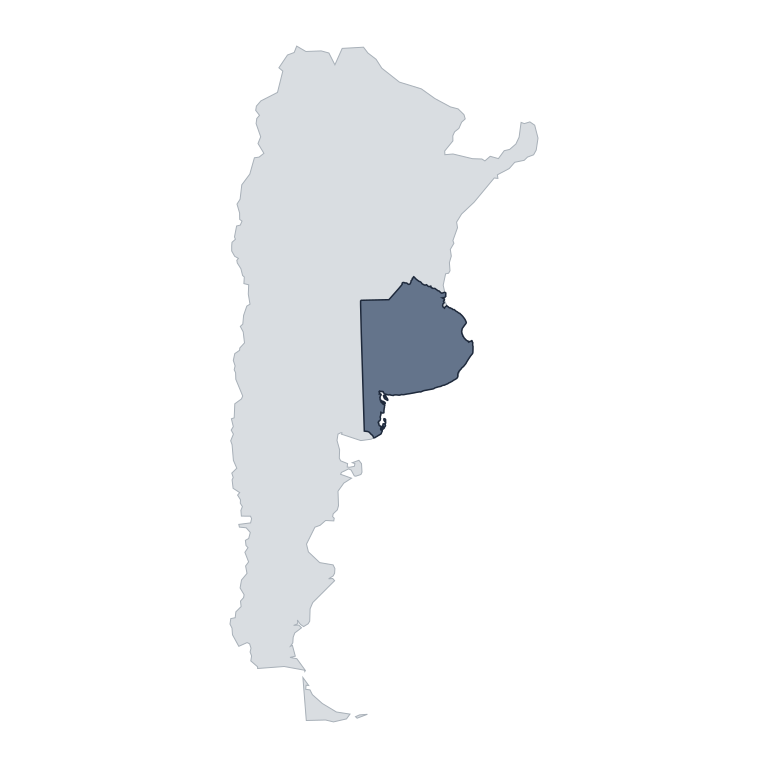 where Buenos Aires sits in Argentina
{"feature_id": "ARG-1295", "entity_name": "Buenos Aires", "entity_type": "Federal District", "adm_level": 1, "iso_a3": "ARG", "parent_name": "Argentina", "parent_adm1": "", "projection": "albers", "projection_center": [-60.531, -37.151], "detail": "fine", "context": "in_parent", "style": "filled", "palette": "slate", "viewbox_px": 768, "rotation_deg": 0, "n_neighbors": 0, "source": "natural_earth", "source_scale": "10m", "svg_char_len": 9555}
<svg xmlns="http://www.w3.org/2000/svg" viewBox="0 0 768 768"><path d="M461.6,214.0L456.6,222.1L457.5,227.7L452.9,240.6L453.9,243.3L450.3,249.4L451.3,256.1L449.4,262.6L450.0,270.8L448.6,273.2L445.6,273.8L443.2,285.2L445.6,296.1L443.3,298.2L447.3,306.3L459.5,313.6L465.7,320.9L465.7,323.9L462.3,328.2L461.8,331.9L463.5,337.0L466.5,340.3L472.4,342.4L473.0,349.6L471.8,354.2L460.2,370.0L457.6,377.0L447.1,384.0L420.4,391.8L399.7,395.0L387.9,394.5L380.0,391.3L380.8,400.4L384.7,403.1L382.7,403.2L384.4,404.9L383.7,412.4L381.2,413.9L379.5,420.2L379.8,425.6L382.2,430.0L379.9,434.5L371.2,439.2L360.9,440.6L341.4,434.2L342.1,433.0L341.1,432.6L338.0,434.1L337.0,440.4L339.6,449.8L339.3,458.1L340.6,460.8L347.6,463.6L347.2,467.0L349.5,467.3L354.4,466.3L354.9,463.6L352.3,462.7L358.9,460.3L361.5,463.7L362.0,472.2L360.9,474.5L355.8,476.2L354.3,475.9L351.1,470.0L348.6,468.9L341.4,472.4L340.6,474.3L351.5,478.2L343.8,483.1L338.0,491.2L338.5,505.7L337.3,509.9L333.2,513.8L332.6,516.6L334.2,518.2L333.8,520.9L325.6,520.5L320.1,525.3L314.9,527.2L306.5,544.1L308.4,551.9L319.7,562.6L333.1,564.9L334.9,568.6L334.6,573.2L333.2,575.9L328.6,578.8L332.7,578.5L334.6,580.7L312.7,602.6L310.1,608.8L309.7,621.2L308.1,623.8L303.6,626.6L300.3,624.3L297.4,620.0L297.8,623.7L293.6,625.4L298.8,625.1L301.5,627.8L294.8,632.9L293.2,637.1L292.8,642.8L290.4,646.3L292.4,645.4L295.3,656.2L290.0,657.4L296.8,658.7L305.4,670.5L304.8,671.5L304.5,670.2L284.2,666.5L257.6,668.5L257.6,666.8L250.8,660.9L251.6,655.9L250.1,652.0L251.0,648.2L249.6,643.8L247.1,642.6L238.8,646.3L232.5,634.8L232.0,628.1L230.0,624.1L230.8,618.6L235.2,617.7L235.9,611.8L241.1,606.6L240.5,601.1L243.6,597.6L244.1,594.7L240.1,588.0L241.5,580.0L247.0,573.4L245.6,566.0L248.6,561.9L244.9,552.3L248.0,547.7L246.0,545.5L245.4,540.3L248.7,538.5L250.3,532.5L246.2,527.8L239.4,527.1L238.8,524.4L250.6,522.9L251.6,518.6L250.5,516.2L241.4,516.1L240.9,510.4L242.4,506.6L240.3,503.2L240.5,499.8L237.6,495.1L239.7,492.6L233.1,488.3L232.1,479.8L233.2,477.5L231.8,473.1L236.8,468.2L233.4,460.4L232.1,444.8L230.7,440.8L233.4,434.1L231.2,430.1L233.3,426.6L231.4,418.8L234.2,417.8L234.8,403.8L241.5,398.9L242.7,396.0L235.8,379.3L235.6,372.7L234.2,369.8L235.1,365.9L233.3,360.4L234.8,353.6L239.6,350.3L239.8,348.0L244.5,342.9L243.2,331.9L240.3,326.4L242.8,324.1L243.6,315.4L246.8,306.1L250.0,304.2L248.3,294.1L248.7,284.8L243.9,283.6L244.3,277.0L242.6,275.5L240.9,268.7L237.3,263.0L236.8,260.3L238.4,258.4L234.7,256.3L231.7,251.0L231.7,245.8L232.0,242.3L235.4,239.3L234.5,236.9L236.6,226.0L240.3,225.1L242.0,221.1L239.7,219.4L239.6,213.0L237.0,204.1L240.1,199.2L241.8,184.8L249.8,174.1L254.4,157.8L259.1,157.1L263.9,153.3L258.0,143.5L260.7,136.8L256.1,123.6L256.8,118.5L259.5,115.3L255.7,110.4L256.4,106.1L260.9,100.9L277.5,92.4L282.8,71.1L278.9,67.8L287.5,55.0L294.2,52.5L296.7,46.1L305.9,51.5L321.2,50.9L328.9,53.0L334.9,64.8L342.2,48.4L363.5,47.2L367.9,53.0L376.1,59.3L381.8,68.2L399.4,82.1L421.4,88.9L434.8,98.5L450.4,106.9L458.1,108.9L464.0,114.7L465.2,118.9L461.6,122.2L458.9,128.4L454.6,131.8L452.8,135.8L452.9,140.9L444.7,151.0L444.9,154.7L453.0,154.0L472.5,158.7L481.9,159.0L484.9,160.9L490.2,156.3L498.4,158.6L504.2,150.7L509.7,149.4L515.9,144.0L519.1,137.2L521.1,122.4L524.3,123.6L529.9,121.9L534.7,125.2L538.0,138.1L536.2,150.1L533.6,154.8L527.5,157.1L524.2,160.3L514.7,162.3L509.3,168.5L497.4,174.8L497.9,178.4L494.2,178.0L474.1,202.2L461.6,214.0ZM306.3,720.5L302.9,677.5L308.7,685.5L306.1,685.2L305.7,689.3L310.0,689.9L312.4,694.7L322.3,703.5L336.4,712.0L350.0,714.1L346.5,718.9L333.5,721.9L325.6,720.0L306.3,720.5ZM355.5,716.7L359.5,714.9L367.4,714.3L357.1,718.2L355.5,716.7ZM387.0,398.1L386.9,400.0L384.0,397.1L387.0,398.1Z" fill="#d9dde1" stroke="#a8b0b8" stroke-width="1"/><path d="M473.0,346.8L472.9,352.0L472.8,352.9L472.5,353.6L470.7,355.8L469.0,358.3L466.7,362.0L466.0,363.4L464.1,365.8L463.5,366.5L461.7,368.0L461.0,369.1L460.8,369.3L460.6,369.4L459.2,371.0L458.7,371.8L458.3,372.6L458.0,373.5L457.8,374.3L457.7,375.2L457.9,375.7L457.8,376.1L457.8,376.7L457.7,377.0L457.3,377.7L456.8,378.4L455.2,379.4L453.5,380.3L452.3,381.2L449.7,382.6L449.2,382.7L449.0,382.8L448.1,383.5L447.5,383.8L445.5,384.6L444.6,385.1L443.2,385.3L442.0,385.7L440.8,386.4L438.1,386.9L434.7,388.0L433.8,388.7L433.3,388.8L432.7,389.0L423.5,390.7L420.9,391.9L420.5,391.9L419.4,391.8L412.1,393.2L409.5,393.7L407.0,394.0L403.7,394.7L401.9,394.6L401.3,394.5L401.1,394.6L400.7,394.8L399.2,395.2L396.1,394.8L394.7,394.9L393.6,395.2L393.5,395.4L393.2,395.5L390.7,395.1L390.5,394.9L390.2,394.9L389.9,394.6L389.5,394.8L388.8,394.9L388.1,394.9L385.0,394.0L384.4,393.8L384.0,393.3L383.6,392.7L383.3,392.0L383.1,391.6L382.9,391.5L380.3,391.3L379.6,391.0L379.3,391.3L379.1,391.6L379.3,391.8L379.2,392.2L379.5,393.0L379.4,393.4L379.7,393.2L379.9,393.2L380.0,393.3L380.1,393.6L380.1,394.3L380.1,394.5L380.3,394.6L381.1,394.5L380.9,395.2L380.9,395.5L380.5,395.7L380.4,395.9L380.2,396.6L380.0,397.1L379.8,397.4L379.8,397.5L380.1,398.0L380.1,398.4L380.0,399.1L380.1,399.4L380.4,399.8L381.1,400.3L381.4,400.7L381.0,400.6L380.6,400.4L380.4,400.7L380.5,400.9L380.9,401.1L381.2,401.1L382.5,401.1L382.9,401.2L384.2,401.9L384.8,402.3L385.2,402.9L385.2,403.1L385.2,403.4L385.1,403.6L384.9,403.8L384.7,403.9L384.4,403.6L384.0,403.5L383.1,402.7L382.8,402.2L382.6,401.8L382.4,401.7L382.2,401.8L381.9,401.7L381.0,401.8L381.1,402.2L381.2,402.4L381.4,402.5L381.9,402.6L382.2,403.2L382.5,403.6L383.2,404.2L383.5,404.4L384.2,404.6L384.6,404.6L384.8,405.2L384.8,405.4L384.6,405.6L384.5,405.8L384.5,407.2L384.3,407.7L383.9,410.5L383.9,412.3L383.9,412.7L383.2,413.0L382.0,412.9L381.6,412.7L380.9,412.2L380.8,412.4L380.9,412.6L381.3,413.0L380.9,413.2L380.8,413.4L380.8,414.2L380.8,414.5L380.6,415.3L380.5,416.0L380.2,416.8L380.1,417.0L380.5,418.4L380.5,418.9L380.2,420.1L380.0,420.5L379.7,420.7L379.0,421.0L378.8,421.3L378.5,421.7L378.3,422.1L378.2,422.5L378.3,422.8L378.7,423.7L379.0,424.9L379.1,425.1L379.4,425.7L379.6,425.8L380.1,425.9L380.6,426.3L380.8,426.3L380.8,426.9L380.9,427.0L381.1,427.2L381.3,427.5L381.5,427.7L381.8,427.5L382.1,428.4L382.1,428.9L381.8,429.2L381.1,429.0L380.7,428.6L380.6,428.8L380.8,429.3L380.8,429.5L380.7,429.6L380.8,429.9L381.0,430.0L382.2,429.2L382.7,429.0L383.2,429.0L382.4,429.7L382.3,429.9L382.1,431.5L381.6,432.4L381.2,433.6L380.8,434.1L378.5,435.4L376.6,436.6L375.6,437.1L375.0,437.6L374.8,437.7L374.4,437.8L374.0,437.8L373.6,437.8L373.5,437.2L372.9,436.0L372.6,435.6L371.7,434.7L370.9,434.1L370.0,433.0L368.8,431.9L368.5,431.8L367.5,431.5L364.3,431.1L361.3,333.5L360.6,304.5L360.6,301.0L361.2,300.3L369.4,300.1L388.9,299.7L398.6,288.7L401.6,285.1L402.2,284.2L402.1,283.6L402.2,283.1L402.5,282.8L402.7,282.6L403.2,282.5L403.7,282.5L404.0,282.5L404.7,282.9L404.9,282.9L406.6,283.0L407.4,283.5L408.0,284.1L408.4,284.3L408.9,284.4L409.1,284.3L409.6,284.2L410.0,283.9L410.2,283.7L410.8,282.4L411.0,281.7L411.1,280.7L411.9,279.9L412.2,279.6L412.3,279.4L412.2,278.8L412.4,278.3L412.5,278.1L413.1,277.9L413.3,277.7L413.4,277.4L413.5,277.1L413.5,276.8L413.2,276.4L414.0,276.9L416.2,279.2L419.1,281.4L419.8,281.5L420.6,282.0L421.2,282.5L421.9,283.5L422.1,283.8L424.4,285.0L425.0,285.2L426.5,284.7L427.1,285.2L427.8,286.0L428.6,286.5L430.1,286.5L430.4,286.2L430.8,286.1L431.0,286.5L431.0,286.8L431.0,287.3L431.1,287.5L431.4,287.7L431.6,287.8L431.8,287.7L432.3,288.0L432.4,288.3L432.6,288.4L434.4,288.4L434.8,288.4L435.2,288.6L435.4,288.9L436.7,289.7L437.6,290.5L437.9,290.7L438.7,290.9L439.1,291.0L440.8,292.7L441.5,293.1L442.3,293.1L443.9,292.5L444.8,292.3L445.1,292.5L445.5,292.7L445.7,292.8L445.8,293.1L445.8,293.5L445.8,294.4L445.6,295.3L445.8,295.8L445.9,296.1L445.3,296.7L445.0,297.2L444.8,297.5L444.4,297.8L444.1,297.9L443.6,297.7L443.0,297.6L442.8,298.0L442.5,298.0L443.5,298.6L444.3,299.3L444.5,299.7L444.2,300.4L443.7,300.8L443.5,301.1L443.5,301.4L443.6,301.7L444.0,302.1L444.1,302.3L444.1,302.9L443.0,303.8L442.6,305.6L442.9,306.8L444.5,308.2L445.2,306.9L445.6,306.5L446.2,306.4L446.6,306.1L446.7,305.8L448.0,306.7L448.8,307.4L449.4,307.8L450.4,307.9L450.9,308.3L452.0,308.6L452.6,309.4L453.0,309.6L454.0,309.5L454.5,309.9L455.2,310.4L456.0,311.2L457.2,311.8L458.6,312.9L460.0,313.5L460.5,314.2L461.2,314.7L462.8,316.4L463.4,317.2L464.4,318.5L465.2,319.8L466.2,322.1L466.3,322.6L466.0,323.4L464.6,325.2L462.8,327.7L462.3,328.4L462.1,329.1L461.8,330.5L461.6,331.1L461.8,332.7L461.8,333.3L461.9,333.7L462.2,334.0L462.7,335.4L462.8,335.9L462.8,336.1L463.1,336.2L463.5,336.7L463.6,337.1L463.8,337.6L466.0,340.0L467.7,341.1L468.4,341.3L468.8,341.5L468.9,341.8L468.6,342.0L468.8,342.2L469.1,341.9L469.4,341.7L470.2,341.4L470.5,341.3L471.6,341.4L471.5,341.0L471.5,340.7L471.8,340.6L472.1,340.9L472.4,342.0L472.8,342.6L472.6,345.2L473.0,346.3L473.0,346.8ZM383.5,423.8L383.9,423.8L384.4,423.8L384.9,424.3L385.5,425.4L385.4,426.0L384.9,426.6L384.6,427.2L384.3,427.7L383.8,427.7L383.4,427.5L383.5,426.9L383.4,426.6L382.9,426.8L382.5,426.8L382.2,426.6L382.5,426.2L382.8,425.6L382.9,424.8L383.2,423.8L383.5,423.8ZM387.0,398.1L387.4,398.6L387.8,399.6L387.8,400.0L387.7,400.3L387.3,400.3L387.0,400.1L386.5,399.7L385.5,399.3L385.1,399.1L384.8,398.8L384.1,397.9L384.0,397.5L383.9,397.2L384.3,397.1L384.9,397.4L386.5,397.8L386.8,398.3L386.8,398.5L387.0,398.4L387.0,398.1ZM384.0,418.7L384.3,418.7L385.2,419.0L385.6,419.6L385.6,420.5L385.6,421.6L385.7,422.8L385.6,423.1L385.2,422.1L384.9,421.7L384.1,420.6L383.8,419.8L384.0,418.7ZM384.1,395.8L383.9,396.1L383.6,396.0L383.4,395.8L383.6,395.4L384.8,395.5L385.4,395.6L385.9,396.0L386.0,396.3L385.9,396.5L385.6,396.7L385.3,396.7L385.0,396.5L384.1,395.8Z" fill="#64748b" stroke="#1e293b" stroke-width="1.5"/></svg>